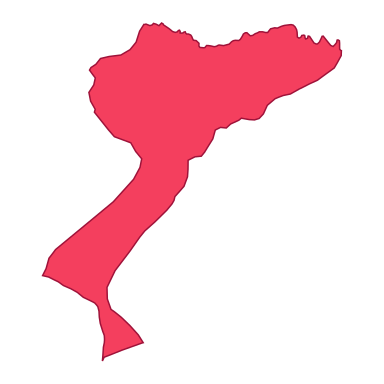 Cavala, Grand Gedeh, Liberia (Mercator projection)
{"feature_id": "62588387B63271162227743", "entity_name": "Cavala", "entity_type": "district", "adm_level": 2, "iso_a3": "LBR", "parent_name": "Liberia", "parent_adm1": "Grand Gedeh", "projection": "mercator", "projection_center": [-8.18, 6.013], "detail": "fine", "context": "isolated", "style": "filled", "palette": "rose", "viewbox_px": 384, "rotation_deg": 0, "n_neighbors": 0, "source": "geoboundaries", "source_scale": "gbopen_adm2", "svg_char_len": 2914}
<svg xmlns="http://www.w3.org/2000/svg" viewBox="0 0 384 384"><path d="M143.2,342.7L138.3,334.9L130.0,325.7L121.3,317.3L114.7,312.0L111.0,309.4L107.4,299.2L107.3,298.7L107.0,287.4L115.1,270.6L130.1,250.9L139.7,237.2L144.0,231.9L144.9,230.8L154.7,222.1L166.8,210.2L168.5,208.1L172.0,203.9L174.0,200.4L174.9,196.6L175.8,195.6L179.8,191.1L184.0,186.3L187.5,176.8L188.0,169.3L188.1,160.3L189.0,159.8L195.0,156.8L201.3,156.2L204.8,151.9L204.9,151.6L206.6,148.9L206.8,148.5L212.3,139.7L212.8,138.9L215.3,130.0L220.5,127.4L226.3,128.0L230.6,124.0L238.9,120.2L241.3,118.2L245.3,118.9L249.3,119.6L252.9,119.8L254.5,119.9L259.1,118.5L263.4,113.9L267.3,105.3L275.1,98.7L278.7,97.2L282.7,95.7L283.2,95.5L290.4,94.0L299.6,88.8L301.2,88.1L309.4,83.9L317.5,80.2L322.2,76.7L327.0,73.2L334.2,68.0L337.1,63.1L341.2,55.6L341.4,50.7L341.1,50.7L339.7,49.3L339.6,46.6L339.6,43.2L339.4,40.7L338.0,39.9L337.1,40.1L336.6,42.6L335.0,44.6L333.1,46.5L330.7,45.4L328.7,43.0L323.2,36.1L322.1,36.3L321.1,38.6L319.4,42.1L317.5,43.9L316.2,44.0L314.0,43.0L311.4,39.1L309.6,36.4L308.2,36.0L307.8,37.0L307.6,38.2L306.6,38.6L305.8,39.0L305.1,38.1L305.0,37.2L304.7,35.5L303.8,35.1L301.7,35.5L301.2,36.8L299.7,37.9L298.9,38.1L297.4,37.1L297.1,32.2L296.6,29.7L295.1,26.9L293.2,25.1L291.1,24.6L287.7,25.0L284.6,25.4L283.4,25.7L281.2,26.4L277.4,28.1L274.7,27.8L270.6,28.8L269.2,30.5L267.7,32.5L265.5,32.5L262.6,31.8L259.3,31.8L257.6,32.8L255.2,33.7L252.7,35.4L250.3,35.8L248.4,34.1L246.9,32.7L245.2,32.8L243.4,34.0L242.2,36.4L240.3,39.4L238.8,40.5L235.3,40.3L233.3,40.7L231.5,41.8L229.3,44.1L223.6,45.6L219.1,45.0L218.1,45.3L216.3,46.3L214.2,46.7L211.2,46.0L208.6,45.6L206.7,45.5L205.9,46.3L205.0,47.5L203.8,47.8L199.8,47.4L198.9,46.0L199.0,43.3L196.2,40.6L193.4,40.2L192.6,38.7L191.7,36.4L190.7,35.0L188.4,34.0L186.5,34.0L185.8,33.2L185.2,31.8L183.9,32.1L182.9,33.0L181.1,33.1L180.1,33.0L180.1,32.5L180.2,31.5L179.5,30.2L178.4,30.5L177.2,31.9L175.2,32.4L172.5,31.5L171.5,30.6L168.9,28.5L163.4,24.8L163.2,24.0L161.6,23.0L160.1,24.5L159.0,25.7L156.2,24.2L153.5,23.4L152.8,24.2L152.0,25.0L149.9,25.6L146.0,24.1L144.4,24.5L143.9,24.4L139.6,31.2L136.1,42.2L133.1,45.9L130.0,49.7L120.7,55.1L119.6,55.2L109.1,56.5L100.5,58.5L95.9,64.3L91.0,67.5L89.5,70.1L92.7,74.5L95.3,77.9L93.8,84.9L88.9,92.4L90.6,101.1L90.8,101.5L95.2,109.3L94.4,112.2L108.5,129.9L114.4,136.7L130.8,142.8L135.7,151.5L141.7,158.8L140.0,167.4L133.6,179.3L113.3,201.8L85.3,225.0L55.6,249.5L53.4,252.5L49.0,258.2L47.7,262.9L46.1,268.6L42.6,275.6L48.6,277.0L53.7,279.6L58.3,281.8L63.4,285.5L70.5,288.6L71.1,288.9L77.2,292.3L83.3,297.3L90.0,300.5L92.8,301.9L94.8,303.0L95.2,303.5L96.5,304.9L97.4,306.1L97.7,306.4L98.0,307.3L99.0,311.2L99.3,317.1L100.3,323.5L102.8,331.5L103.8,334.1L104.3,335.6L104.5,338.8L104.5,340.1L104.3,342.8L103.4,347.2L102.9,355.3L102.4,361.0L104.1,357.3L105.0,356.9L110.9,354.6L121.6,350.3L141.7,343.1L143.2,342.7Z" fill="#f43f5e" stroke="#9f1239" stroke-width="1.5"/></svg>